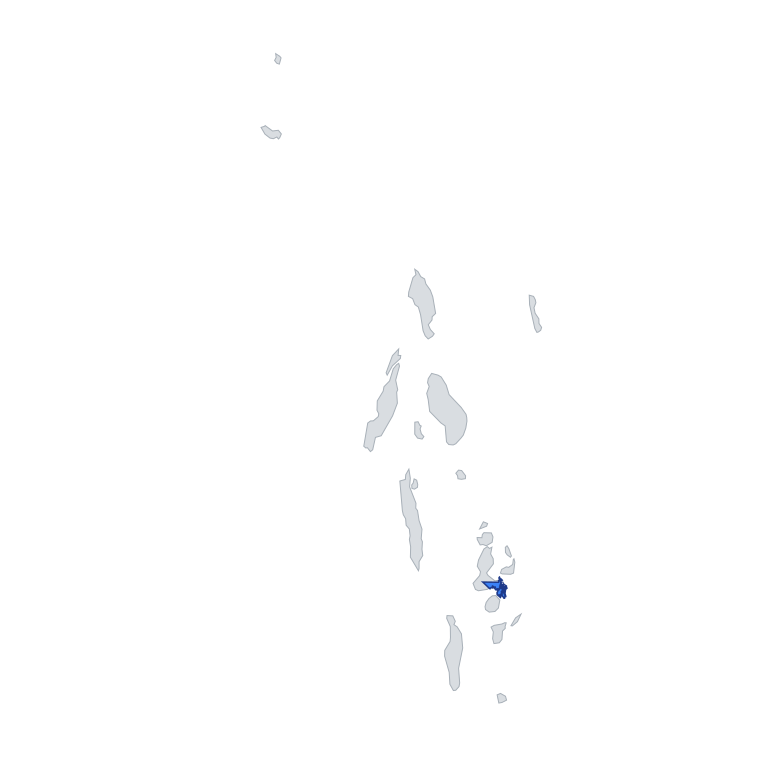 West New Georgia-Vonavona, Western, Solomon Islands shown in context, rotated 225°
{"feature_id": "97153195B60589272182469", "entity_name": "West New Georgia-Vonavona", "entity_type": "district", "adm_level": 2, "iso_a3": "SLB", "parent_name": "Solomon Islands", "parent_adm1": "Western", "projection": "natural_earth1", "projection_center": [157.168, -8.247], "detail": "fine", "context": "in_parent", "style": "filled", "palette": "blue", "viewbox_px": 768, "rotation_deg": 225, "n_neighbors": 0, "source": "geoboundaries", "source_scale": "gbopen_adm2", "svg_char_len": 9376}
<svg xmlns="http://www.w3.org/2000/svg" viewBox="0 0 768 768"><g transform="rotate(225 384 384)"><path d="M298.9,387.3L311.1,397.6L316.3,396.7L332.3,396.9L341.7,404.2L347.2,407.6L350.3,414.2L354.1,415.7L356.5,419.1L357.8,425.2L352.0,428.5L348.5,429.4L339.2,427.2L330.4,422.5L312.8,422.0L304.6,420.6L301.8,418.8L299.1,416.4L295.0,410.7L291.8,404.0L291.3,400.0L291.0,392.5L292.0,389.8L295.4,387.0L298.9,387.3ZM354.3,325.7L367.9,344.9L367.4,348.3L365.5,350.4L365.0,356.9L366.7,359.3L370.4,360.5L376.8,367.3L379.5,378.3L382.1,382.1L382.2,390.1L388.2,401.3L388.7,406.6L388.2,409.0L385.7,407.6L378.5,395.0L370.2,389.6L369.3,387.2L361.0,379.9L355.4,367.5L349.4,345.4L352.3,340.2L345.5,329.5L345.8,326.6L350.7,327.2L351.6,325.9L354.3,325.7ZM304.5,335.3L306.2,341.4L298.8,336.0L293.2,329.4L277.1,322.3L273.7,318.6L270.8,318.2L262.6,312.2L254.5,308.2L248.3,300.9L245.3,299.6L240.2,293.9L235.3,290.1L233.6,283.2L228.8,278.4L227.6,276.3L242.9,280.2L250.0,287.7L256.1,292.0L258.2,295.1L263.6,299.4L268.5,299.8L273.4,304.0L277.9,305.2L281.4,307.4L304.2,326.6L301.4,331.6L304.5,335.3ZM407.2,458.9L414.1,462.7L418.2,462.0L424.1,464.6L428.7,463.2L431.5,466.5L438.7,479.6L438.7,483.9L443.4,486.9L439.4,487.5L433.9,485.9L429.6,487.0L425.2,484.4L417.6,483.1L411.1,480.1L397.4,470.4L397.5,465.6L395.3,463.2L394.6,457.2L389.7,455.3L384.0,455.0L383.5,452.1L384.6,447.1L388.9,447.2L394.0,449.3L407.2,458.9ZM173.9,262.6L175.7,264.8L171.4,268.7L165.8,266.6L164.4,263.3L160.5,264.0L152.6,262.1L141.7,253.0L130.2,235.7L119.1,226.1L117.0,223.1L116.7,218.2L118.2,216.3L125.1,218.3L134.0,226.2L148.7,234.4L152.7,238.6L155.2,248.7L157.7,251.7L165.6,259.4L173.9,262.6ZM189.2,321.1L192.7,326.4L196.7,338.1L195.9,342.1L193.1,342.3L192.3,344.9L188.4,339.2L183.3,337.7L179.5,334.2L177.9,322.9L174.9,322.2L166.4,323.2L163.7,327.0L159.9,325.8L159.0,322.4L159.6,319.2L164.8,315.9L165.8,311.8L171.0,304.6L174.1,303.4L180.1,306.0L180.9,316.2L183.0,319.5L189.2,321.1ZM344.1,549.5L340.2,551.7L336.7,550.6L334.1,548.9L331.9,544.0L327.2,540.9L320.6,539.6L317.2,536.4L312.6,535.5L311.2,532.8L311.6,530.0L312.4,528.6L316.6,529.9L337.1,543.0L344.1,549.5ZM129.8,300.6L128.7,301.5L126.8,298.0L125.5,297.0L125.5,293.1L120.0,286.8L119.5,282.5L122.7,278.2L127.1,280.7L131.4,286.0L136.4,287.8L135.4,291.3L130.9,297.7L129.8,300.6ZM157.6,310.8L155.3,313.5L149.3,313.1L144.7,306.5L144.7,301.6L148.3,297.1L152.7,296.3L155.1,298.0L157.3,301.8L158.1,306.6L157.6,310.8ZM208.2,349.5L202.8,354.6L198.8,352.9L195.6,348.5L197.3,341.9L200.5,340.5L202.2,338.2L208.1,340.0L209.6,341.3L206.1,344.5L208.0,347.1L208.2,349.5ZM650.8,482.7L641.7,484.1L638.1,488.7L633.4,488.2L631.9,484.4L631.9,482.6L634.4,482.9L635.7,479.2L638.5,477.3L644.8,476.5L652.4,478.5L650.6,481.9L650.8,482.7ZM398.1,410.0L398.4,419.2L394.3,414.2L392.3,416.0L390.5,413.6L390.9,402.8L388.0,392.5L390.4,393.4L398.1,410.0ZM168.5,351.4L168.5,352.3L165.5,350.5L158.7,341.9L159.9,339.0L166.1,333.3L168.0,332.6L169.7,336.1L168.2,341.2L166.2,342.5L165.4,347.4L168.5,351.4ZM322.0,369.5L326.8,370.3L335.2,378.8L333.2,381.4L329.3,380.1L328.0,380.6L326.7,377.7L322.4,375.2L318.6,375.0L318.1,372.0L322.0,369.5ZM267.9,377.7L261.4,376.8L259.5,374.6L261.8,371.4L264.7,369.3L267.2,371.2L270.1,371.7L270.4,375.8L267.9,377.7ZM82.8,247.6L77.3,249.1L73.8,247.1L75.4,242.2L77.2,239.6L84.2,244.2L82.8,247.6ZM295.6,338.2L292.9,339.1L289.0,336.7L287.3,334.6L288.1,331.2L290.4,329.9L293.0,332.2L293.3,334.5L295.6,338.2ZM694.2,541.0L689.3,542.0L687.4,541.8L684.2,536.2L686.6,535.0L690.1,535.4L691.2,538.7L694.2,541.0ZM182.7,354.3L182.6,356.6L179.4,355.9L172.3,352.5L172.1,350.9L176.1,350.3L179.0,350.8L182.7,354.3ZM125.6,311.7L124.4,318.2L121.6,310.3L122.2,303.7L123.3,302.9L125.6,311.7ZM216.3,356.8L212.1,358.6L210.9,356.0L213.9,349.1L216.3,356.8Z" fill="#d9dde1" stroke="#a8b0b8" stroke-width="1"/><path d="M174.1,313.8L164.8,314.0L164.4,314.2L164.5,314.3L164.3,315.1L164.6,314.4L164.7,314.5L164.4,315.1L164.3,315.8L163.9,316.2L164.2,316.0L163.5,317.1L163.8,317.3L163.8,317.7L164.1,317.6L164.4,317.7L164.4,317.8L163.7,317.8L163.3,317.2L163.4,316.9L163.1,316.7L162.9,317.4L162.3,317.6L162.7,317.4L162.9,317.0L161.9,317.9L162.1,318.5L161.9,319.0L161.7,318.9L162.0,318.7L161.6,318.3L161.6,318.1L161.8,318.1L161.1,317.7L160.3,317.6L161.0,317.8L160.1,317.7L159.7,317.5L159.5,317.9L159.4,317.7L159.0,317.8L158.8,318.1L158.9,318.7L159.5,319.6L159.6,319.8L159.0,319.1L158.9,319.1L158.7,319.0L158.3,319.4L158.0,319.8L158.1,320.5L157.9,320.7L158.0,320.8L157.8,321.6L158.0,321.8L158.0,322.4L157.6,322.5L158.1,322.9L158.4,322.4L158.6,322.5L158.4,321.9L158.7,322.2L158.6,323.0L158.7,323.9L158.9,324.1L158.7,326.0L159.2,325.8L159.1,325.3L159.5,325.3L159.7,324.6L159.5,324.3L159.2,324.3L159.2,324.1L159.3,324.3L159.4,324.2L159.4,323.4L159.6,323.6L159.5,324.0L160.2,325.2L160.2,325.5L160.7,325.8L160.6,326.1L160.9,326.6L160.8,326.8L160.7,327.0L161.6,326.6L163.0,327.3L163.4,326.8L163.4,326.2L163.6,326.3L163.9,325.9L162.8,324.8L174.1,313.8ZM158.1,324.0L158.1,323.0L157.6,322.6L157.7,322.3L157.3,321.5L157.1,319.7L157.5,318.6L156.8,317.6L156.7,316.6L156.0,315.9L156.3,316.4L155.3,315.6L154.5,315.3L152.1,315.4L152.1,315.7L154.3,315.5L154.8,315.7L154.0,315.6L152.2,315.9L151.7,316.0L151.5,316.4L152.0,316.8L152.4,316.7L152.1,316.5L152.2,316.3L152.9,316.4L152.9,316.7L152.4,316.6L152.4,316.9L152.2,316.9L152.4,317.2L152.0,317.7L152.8,318.3L152.8,318.8L154.0,320.1L154.3,320.2L154.4,320.6L154.2,321.3L154.0,321.6L154.2,322.0L154.9,322.5L155.5,322.5L156.0,322.9L156.3,322.5L156.6,322.5L156.8,323.0L156.9,322.9L157.1,323.2L157.5,323.2L157.8,323.6L157.8,323.8L158.1,324.0ZM155.1,327.6L154.6,327.4L154.7,326.1L153.4,325.3L153.5,324.6L152.9,324.0L152.6,323.5L152.7,323.2L152.3,322.4L152.4,321.6L152.7,321.7L152.8,321.3L152.4,320.2L152.6,319.8L152.3,319.0L151.6,318.7L151.2,318.2L150.8,318.0L151.0,317.9L150.5,317.5L149.5,317.8L148.0,317.3L147.3,317.8L147.6,318.6L148.3,319.2L148.7,319.9L149.7,320.1L150.2,320.4L149.7,320.4L149.4,320.7L149.6,321.1L150.3,321.3L150.7,321.7L150.9,321.6L151.1,321.7L150.9,322.1L151.2,322.3L151.2,322.6L151.8,323.4L152.4,323.6L152.4,324.0L152.6,324.0L152.7,325.3L152.9,325.6L152.7,326.3L153.1,326.3L153.4,327.0L154.0,326.8L154.6,327.7L155.1,327.6ZM165.4,327.4L165.2,327.7L165.3,328.0L165.1,327.7L165.2,327.4L165.0,327.6L165.1,328.2L164.5,327.6L164.1,327.8L164.7,328.3L164.7,328.7L165.8,329.0L165.8,328.6L165.3,327.8L165.4,327.4ZM154.4,320.5L154.3,320.2L154.0,320.2L153.2,319.4L153.3,319.9L153.1,320.1L153.4,320.1L153.6,320.7L154.1,320.8L154.1,320.7L154.4,320.5ZM155.1,325.4L154.7,324.9L154.5,325.6L155.1,325.4ZM155.6,323.8L155.0,323.5L154.7,323.8L155.0,324.2L155.3,323.8L155.4,324.1L155.6,323.8ZM152.0,315.4L151.5,315.5L150.0,315.1L151.4,315.6L152.0,315.6L152.0,315.4ZM153.4,321.1L153.1,321.0L153.2,321.8L153.4,321.6L153.4,321.1ZM156.7,323.5L156.6,323.3L156.0,323.4L156.3,323.7L156.7,323.5ZM160.2,325.4L160.1,324.9L159.8,325.0L159.8,325.4L160.2,325.4ZM155.9,326.8L155.3,327.0L155.1,327.4L155.2,327.5L155.9,326.8ZM163.9,316.2L164.2,315.2L164.0,315.9L163.4,316.6L163.9,316.2ZM155.4,315.5L154.7,315.1L155.3,315.6L155.4,315.5ZM154.0,322.3L153.9,321.5L153.7,321.5L153.8,322.3L154.0,322.3ZM156.4,325.7L156.2,325.3L156.0,325.7L156.4,325.7ZM154.1,321.0L154.0,320.9L153.7,320.8L153.9,321.2L154.1,321.0ZM157.6,327.1L157.3,326.8L157.3,326.5L157.2,326.5L157.2,327.0L157.6,327.1ZM155.2,323.1L155.0,322.7L154.8,322.9L154.9,323.1L155.2,323.1ZM164.1,328.4L163.8,328.5L163.4,328.9L163.8,328.7L164.1,328.4ZM155.9,315.9L155.6,315.6L155.4,315.5L155.8,316.0L155.9,315.9ZM153.1,319.3L153.0,319.1L152.8,319.1L153.0,319.5L153.1,319.3ZM153.4,320.8L153.2,320.6L153.1,321.0L153.3,321.0L153.4,320.8ZM155.6,324.5L155.2,324.4L155.1,324.5L155.6,324.5ZM154.0,323.2L153.9,323.1L153.7,323.4L154.0,323.4L154.0,323.2ZM158.2,324.3L158.0,324.2L157.8,325.0L158.0,324.4L158.2,324.3ZM158.4,324.6L158.3,325.1L158.4,324.9L158.4,324.6ZM149.3,321.1L149.3,320.7L149.2,320.9L149.3,321.1ZM157.0,323.9L156.9,323.7L156.7,323.9L156.9,324.0L157.0,323.9ZM152.1,318.1L152.0,317.9L151.8,318.0L152.1,318.1ZM158.1,325.4L158.0,325.1L157.9,325.6L158.1,325.4ZM158.5,322.9L158.4,322.7L158.2,322.9L158.3,323.0L158.5,322.9ZM154.0,315.1L153.6,315.1L153.4,315.1L153.9,315.2L154.0,315.1ZM148.2,320.8L148.2,320.4L148.1,320.5L148.2,320.8ZM153.9,321.4L153.8,321.2L153.7,321.3L153.7,321.5L153.9,321.4ZM153.2,315.2L152.6,315.2L152.8,315.3L153.2,315.2ZM162.3,328.2L162.1,328.1L161.9,328.3L162.1,328.3L162.3,328.2ZM155.5,325.9L155.5,325.7L155.4,325.7L155.5,325.9ZM148.0,320.5L148.0,320.3L147.9,320.3L148.0,320.5ZM157.4,318.3L157.3,318.0L157.3,317.9L157.3,318.2L157.4,318.3ZM154.2,320.8L154.2,320.6L154.1,320.8L154.2,320.8ZM163.4,328.7L163.1,328.9L163.3,328.9L163.4,328.7ZM154.3,324.1L154.2,324.0L154.3,324.1ZM155.7,322.9L155.4,322.8L155.5,323.0L155.7,322.9ZM152.8,322.6L152.8,322.4L152.7,322.4L152.8,322.6ZM156.1,323.1L156.2,322.9L156.1,323.1ZM158.4,323.8L158.4,323.6L158.4,323.8ZM154.2,321.3L154.0,321.5L154.1,321.4L154.2,321.3ZM150.9,321.9L150.9,321.7L150.8,321.8L150.9,321.9ZM152.5,320.3L152.5,320.1L152.5,320.3ZM152.9,320.7L153.0,320.5L152.9,320.5L152.9,320.7ZM156.8,325.5L156.8,325.3L156.7,325.3L156.8,325.5ZM152.6,318.6L152.5,318.4L152.6,318.6ZM153.0,323.1L153.1,322.9L153.0,323.1ZM152.8,320.3L152.9,320.2L152.8,320.3ZM153.3,320.3L153.3,320.1L153.3,320.3ZM157.5,326.1L157.5,325.9L157.4,326.0L157.5,326.1ZM155.7,324.2L155.8,324.1L155.7,324.1L155.7,324.2ZM151.0,315.1L150.7,315.0L150.9,315.1L151.0,315.1Z" fill="#3b82f6" stroke="#1e3a8a" stroke-width="1.5"/></g></svg>